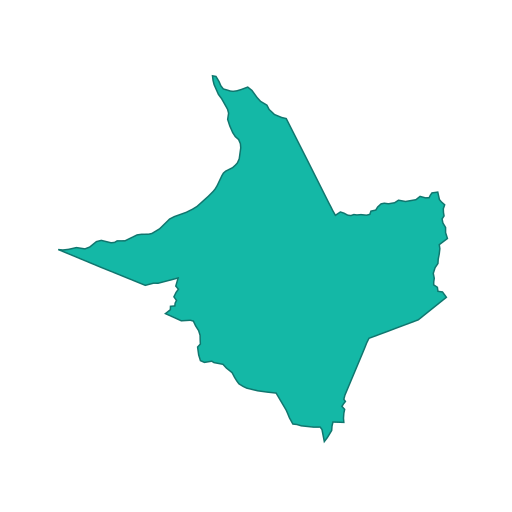 São José do Egito, Pernambuco, Brazil (orthographic projection), rotated 192°
{"feature_id": "56859067B74769239059488", "entity_name": "São José do Egito", "entity_type": "district", "adm_level": 2, "iso_a3": "BRA", "parent_name": "Brazil", "parent_adm1": "Pernambuco", "projection": "orthographic", "projection_center": [-37.263, -7.536], "detail": "fine", "context": "isolated", "style": "filled", "palette": "teal", "viewbox_px": 512, "rotation_deg": 192, "n_neighbors": 0, "source": "geoboundaries", "source_scale": "gbopen_adm2", "svg_char_len": 2522}
<svg xmlns="http://www.w3.org/2000/svg" viewBox="0 0 512 512"><g transform="rotate(192 256 256)"><path d="M450.8,221.2L404.8,212.6L395.6,211.0L358.2,204.3L350.6,208.1L346.1,209.0L327.6,218.3L328.2,209.9L325.0,207.4L326.6,203.8L327.8,199.0L324.5,196.0L325.3,193.1L325.0,190.3L329.2,189.0L328.6,185.7L332.6,180.8L315.6,177.1L306.9,179.5L303.7,179.3L300.6,175.2L296.6,171.1L294.2,166.8L293.1,162.1L292.1,158.3L294.2,154.8L291.5,147.3L288.6,142.1L284.3,141.2L277.4,143.9L275.0,143.0L265.8,143.2L261.6,140.2L255.1,136.9L251.7,132.8L248.7,129.7L246.1,127.4L241.3,125.7L237.5,124.8L226.3,124.5L216.9,125.2L207.8,126.1L194.5,111.6L192.4,108.7L189.6,104.6L185.0,99.3L181.0,99.7L176.4,99.3L164.0,100.6L157.7,102.0L155.4,100.0L150.6,88.7L148.6,92.9L147.5,95.9L145.7,101.1L146.3,105.5L146.2,109.6L140.7,110.6L135.5,111.5L136.7,115.5L137.4,120.6L137.4,124.4L140.7,126.8L139.6,129.7L138.3,132.3L140.3,134.1L140.1,138.4L132.3,179.4L131.8,182.0L130.4,189.6L129.7,193.9L128.4,199.0L118.3,205.4L112.1,209.3L104.7,214.1L84.0,227.3L61.2,255.2L66.1,259.6L70.7,259.3L72.1,263.1L76.2,264.7L76.8,267.8L77.0,271.2L79.0,275.9L78.4,281.8L76.5,286.5L77.1,290.7L77.2,296.2L77.7,301.4L79.1,305.2L72.4,312.9L73.9,315.6L75.4,318.2L76.5,323.3L80.1,327.2L81.7,331.0L80.4,334.3L81.7,337.6L82.6,341.2L82.1,345.3L86.0,347.5L88.3,349.3L91.5,356.3L97.0,354.3L98.1,351.7L98.8,349.0L102.3,348.1L107.9,348.4L111.3,344.3L121.1,340.4L128.2,340.2L131.5,336.9L137.3,334.6L141.5,334.3L144.5,333.0L147.2,329.2L148.4,325.8L152.9,323.8L153.3,320.4L156.3,318.9L161.9,318.3L165.9,317.1L168.9,316.9L171.5,315.3L174.8,315.0L178.9,316.2L182.6,316.6L186.8,312.3L190.6,316.6L192.7,319.3L195.8,323.0L225.8,360.5L255.0,396.7L259.6,396.8L267.3,398.2L273.6,402.0L276.7,405.8L283.7,408.2L288.0,411.3L294.4,417.1L299.2,419.5L305.0,415.8L309.0,413.6L312.6,412.3L315.3,412.0L318.4,412.3L322.7,412.6L325.8,415.2L328.4,418.9L332.5,423.3L336.0,423.2L334.5,418.8L332.6,414.9L326.3,406.2L322.3,402.7L314.3,393.6L312.5,390.0L312.1,383.7L308.7,377.8L304.4,371.8L301.1,368.5L297.2,366.3L294.6,362.6L293.4,358.6L292.6,347.5L293.6,343.0L295.1,340.5L297.2,337.6L303.3,332.7L305.1,330.3L306.0,327.7L308.6,316.8L309.9,313.0L311.3,310.3L315.1,304.4L324.0,292.2L327.9,288.5L331.2,285.9L333.3,284.2L344.0,277.6L348.2,274.2L350.9,270.1L355.9,262.6L362.5,256.4L365.5,255.0L372.6,253.4L376.7,251.9L387.3,243.6L395.0,241.9L397.1,239.9L400.5,238.8L410.6,239.1L415.1,236.9L420.5,230.2L424.8,227.4L433.4,226.9L440.8,223.5L446.2,221.7L450.8,221.2Z" fill="#14b8a6" stroke="#0f766e" stroke-width="1.5"/></g></svg>